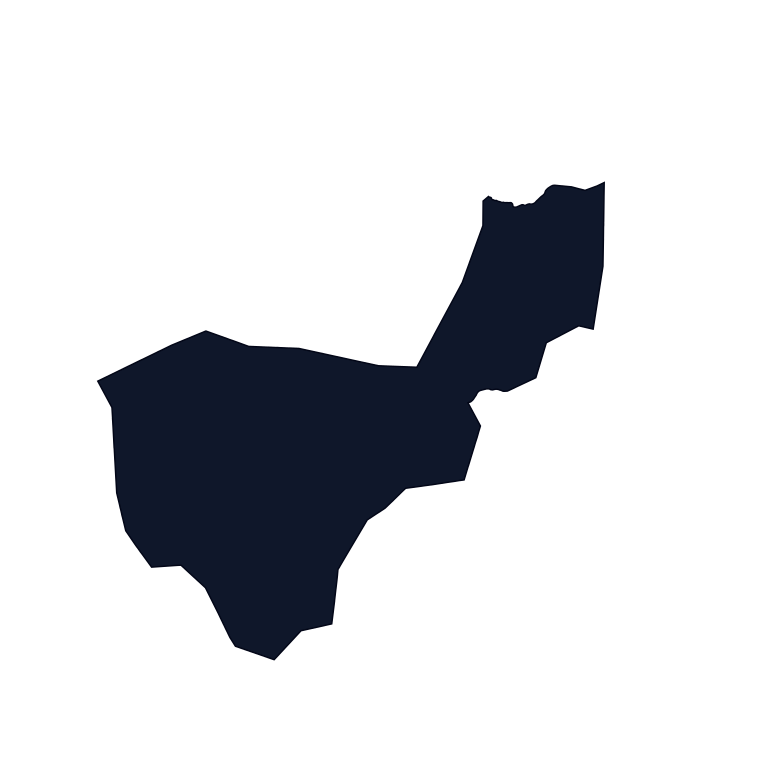 Tu'devtei, Dzavhan, Mongolia (Albers equal-area conic projection), rotated 235°
{"feature_id": "93677404B13111069178449", "entity_name": "Tu'devtei", "entity_type": "district", "adm_level": 2, "iso_a3": "MNG", "parent_name": "Mongolia", "parent_adm1": "Dzavhan", "projection": "albers", "projection_center": [96.497, 48.852], "detail": "fine", "context": "isolated", "style": "filled", "palette": "ink", "viewbox_px": 768, "rotation_deg": 235, "n_neighbors": 0, "source": "geoboundaries", "source_scale": "gbopen_adm2", "svg_char_len": 4282}
<svg xmlns="http://www.w3.org/2000/svg" viewBox="0 0 768 768"><g transform="rotate(235 384 384)"><path d="M229.5,174.5L217.5,203.6L234.7,219.1L235.0,219.3L241.9,225.4L243.5,226.8L243.9,227.2L244.7,227.9L250.2,232.8L254.0,236.1L255.8,237.6L258.5,239.9L259.8,242.9L260.0,243.2L263.9,251.7L282.3,292.3L282.0,303.7L281.8,308.6L281.7,312.5L281.7,313.8L282.8,320.7L283.4,324.8L283.6,325.7L285.6,337.9L286.2,341.9L279.3,355.2L279.0,355.8L278.0,357.8L277.7,358.4L276.3,361.1L274.7,364.2L274.2,365.1L273.7,366.1L273.4,366.7L269.7,374.2L269.6,374.3L267.4,378.9L266.5,380.7L264.1,385.4L263.7,386.2L261.7,390.4L261.4,390.9L259.5,394.6L268.2,405.6L268.9,406.6L278.4,418.7L279.4,420.0L279.8,420.5L280.4,421.3L282.5,423.9L283.0,424.5L287.1,429.9L287.6,430.5L288.4,431.5L288.8,432.0L289.8,433.2L290.3,433.8L294.3,438.9L320.5,442.0L319.8,444.3L319.7,445.1L319.8,445.9L319.8,446.1L319.9,447.1L320.3,448.7L320.7,449.6L321.7,452.2L322.0,453.1L322.8,454.4L323.4,455.8L323.6,456.9L323.7,458.1L323.5,459.0L323.4,459.3L323.1,460.2L322.1,462.9L321.1,465.4L320.1,466.8L319.3,467.6L318.1,468.2L317.5,468.9L317.1,469.3L316.8,469.8L316.4,470.9L315.7,472.5L315.1,473.3L314.5,474.0L313.5,474.9L312.5,475.5L312.2,475.8L311.9,476.1L311.1,476.6L310.2,477.1L309.4,477.9L308.9,478.6L307.4,481.1L306.0,489.2L306.0,489.5L305.0,495.2L302.1,512.0L324.7,540.6L320.0,576.9L309.0,586.8L354.9,630.9L375.9,646.1L376.4,646.5L378.0,647.6L378.8,648.2L386.9,654.0L387.4,654.4L388.0,654.9L390.0,656.3L390.5,656.6L390.7,656.8L391.5,657.4L410.4,671.0L410.7,671.2L422.7,679.9L424.0,672.1L427.3,659.7L428.2,659.0L429.1,658.2L431.0,656.6L431.5,656.1L437.9,650.7L440.8,647.3L443.1,644.6L443.5,644.2L444.6,642.8L447.8,639.1L448.4,638.4L449.1,637.5L449.6,636.6L449.9,635.9L450.2,634.1L450.3,631.8L450.3,630.5L450.1,629.2L449.9,628.2L449.5,627.0L448.9,626.2L447.9,624.8L447.7,624.1L447.5,623.1L447.4,622.1L447.4,621.1L447.3,619.8L447.1,618.5L446.6,615.5L446.5,614.5L446.3,613.4L446.1,612.7L445.9,611.8L445.9,611.0L446.0,610.2L446.1,609.5L446.5,608.4L447.2,607.3L448.0,606.6L448.5,605.6L448.9,604.4L449.0,603.6L449.1,603.0L449.2,602.4L449.5,601.8L450.0,601.4L450.5,601.1L451.1,600.7L451.7,599.9L452.1,598.2L452.9,594.1L453.6,592.8L454.1,592.3L454.6,591.8L454.9,591.6L455.3,591.5L455.8,591.7L457.0,592.2L457.7,592.5L458.5,592.4L458.8,592.4L459.2,592.3L459.5,592.2L459.9,591.8L460.0,591.7L460.2,591.3L460.5,590.9L460.9,590.2L461.3,589.7L461.8,589.1L462.1,588.7L462.6,588.0L462.8,587.6L463.2,587.1L463.6,586.6L464.1,586.2L464.4,586.0L464.7,585.4L464.9,584.8L465.3,584.5L465.9,584.1L466.8,583.5L467.2,583.1L467.4,583.0L467.9,582.5L468.7,581.9L469.4,581.6L469.5,581.6L470.0,581.2L470.2,580.9L470.5,580.3L470.8,579.9L471.1,579.7L471.5,579.6L471.9,579.4L472.2,579.1L472.4,578.9L472.6,578.7L472.9,578.5L473.1,578.4L473.5,578.3L473.8,578.3L474.6,578.6L475.2,578.6L475.7,578.4L475.9,578.2L476.0,578.1L476.1,577.9L476.5,577.5L477.2,577.3L477.3,577.2L477.7,577.1L477.6,576.4L477.0,570.1L476.8,570.0L457.0,555.9L439.6,531.1L434.0,523.1L433.9,523.0L429.7,517.0L423.8,508.6L422.2,506.3L420.7,503.3L419.2,500.4L403.1,468.4L395.4,453.1L395.2,452.8L382.2,427.1L378.9,420.5L383.3,414.7L394.2,400.3L402.2,389.8L421.9,371.6L432.9,361.5L433.6,360.8L443.7,351.5L444.0,351.3L446.3,349.1L461.9,334.7L467.4,327.5L467.8,326.9L473.4,319.6L473.8,319.1L474.4,318.3L474.6,318.1L476.2,315.9L477.2,314.6L480.9,309.8L481.3,309.2L492.4,294.7L506.1,285.1L509.5,282.6L510.0,282.3L529.5,268.5L529.8,267.4L530.0,266.4L530.4,264.5L530.6,263.7L537.6,232.2L539.6,219.4L539.7,219.1L540.1,216.7L540.1,216.4L542.7,200.0L542.8,199.7L550.5,151.2L520.8,147.7L511.7,142.1L511.5,141.9L509.0,140.4L495.2,131.8L494.7,131.5L486.6,126.4L486.4,126.3L485.8,126.0L448.1,102.6L437.7,98.5L436.2,97.9L434.1,97.0L432.4,96.4L428.2,94.7L427.1,94.2L425.8,93.7L424.9,93.4L411.9,88.3L395.9,88.1L393.7,88.1L393.1,88.1L392.1,88.1L391.5,88.2L386.1,88.2L384.1,88.3L367.3,88.6L356.4,106.7L353.5,111.5L353.4,111.6L353.3,111.9L353.1,112.2L352.8,112.6L352.7,112.7L352.0,113.8L335.0,117.5L334.6,117.6L319.5,120.9L291.6,116.8L285.0,115.7L284.4,115.6L283.3,115.4L282.4,115.3L281.9,115.2L281.3,115.1L279.6,114.8L278.1,114.6L273.4,113.8L270.7,113.4L269.0,113.1L267.8,112.9L267.7,112.9L265.3,112.5L264.4,112.4L254.4,111.9L221.2,135.9L229.5,174.5L229.5,174.5Z" fill="#0f172a" stroke="#020617" stroke-width="1.5"/></g></svg>